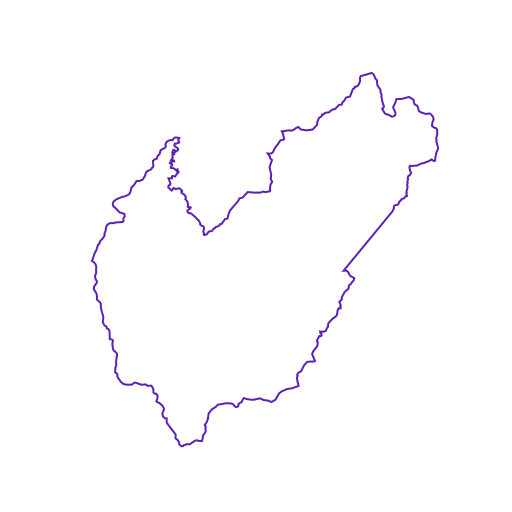 the district of Utcubamba, Amazonas, Peru, rotated 10°
{"feature_id": "86281439B73315101481334", "entity_name": "Utcubamba", "entity_type": "district", "adm_level": 2, "iso_a3": "PER", "parent_name": "Peru", "parent_adm1": "Amazonas", "projection": "robinson", "projection_center": [-78.316, -5.759], "detail": "fine", "context": "isolated", "style": "outline", "palette": "violet", "viewbox_px": 512, "rotation_deg": 10, "n_neighbors": 0, "source": "geoboundaries", "source_scale": "gbopen_adm2", "svg_char_len": 6097}
<svg xmlns="http://www.w3.org/2000/svg" viewBox="0 0 512 512"><g transform="rotate(10 256 256)"><path d="M159.9,153.1L156.1,153.2L154.9,154.0L153.7,156.5L151.9,156.6L149.9,157.6L148.3,159.0L147.3,161.8L148.1,163.3L147.8,165.0L143.7,168.3L143.3,172.5L141.7,174.8L141.3,177.5L139.5,178.4L138.0,180.2L139.3,185.4L139.1,186.5L138.2,187.4L137.5,189.0L133.8,191.7L133.3,192.6L132.5,197.1L131.1,200.4L128.9,202.0L125.3,203.0L123.7,207.0L121.5,210.1L121.1,215.2L120.3,217.3L116.7,219.9L114.0,221.0L108.8,224.3L106.3,227.1L105.8,229.3L106.9,231.9L109.9,233.6L114.0,236.7L119.1,237.4L119.8,239.7L118.9,242.2L119.4,244.9L118.7,245.7L111.4,247.5L110.5,248.3L106.6,249.0L104.9,250.3L103.8,251.8L103.3,254.7L103.6,256.8L102.9,260.0L103.3,262.1L102.4,264.6L99.8,268.7L99.5,271.4L98.4,272.7L97.7,278.6L96.8,280.5L95.3,289.5L97.4,290.2L99.3,291.8L100.6,294.3L101.0,298.3L101.6,299.9L100.9,303.7L101.9,306.4L103.8,308.8L103.9,309.9L101.9,314.1L101.9,316.6L105.3,320.5L106.4,323.2L106.8,326.5L110.0,328.4L111.3,329.6L112.5,334.7L116.3,342.7L116.6,347.8L118.7,350.6L120.8,351.3L121.8,353.3L123.1,353.5L124.3,354.5L125.1,356.6L126.4,363.1L129.1,363.4L129.8,364.2L129.8,367.4L131.1,372.0L132.2,373.7L135.3,375.5L136.3,377.0L136.6,385.1L137.4,387.9L136.9,390.3L137.5,394.9L139.8,396.2L140.6,399.1L144.8,403.5L147.8,405.1L150.9,405.2L156.0,404.3L157.6,402.5L159.1,401.6L165.8,402.7L169.5,401.6L171.9,402.7L174.7,401.9L175.7,402.1L177.9,404.6L178.7,408.3L180.4,409.2L181.7,409.0L183.1,410.3L183.7,413.2L183.1,416.3L184.0,417.1L186.5,417.5L188.3,418.9L189.6,419.4L191.8,422.1L192.0,423.4L191.1,427.4L192.4,430.4L194.7,431.6L196.2,431.4L197.0,435.7L207.9,445.8L208.4,449.5L210.6,450.7L212.6,452.8L213.2,454.8L215.5,456.4L217.2,455.8L217.9,454.6L219.2,454.3L220.3,453.4L223.5,452.9L227.9,448.5L230.1,447.7L231.4,448.1L234.9,447.5L235.2,445.0L235.0,441.8L236.3,439.6L236.9,437.0L236.1,434.8L236.0,432.4L234.9,431.4L236.5,427.7L236.9,424.6L236.7,419.2L239.3,414.6L242.6,411.5L244.2,409.1L252.4,406.1L257.4,405.6L258.8,405.8L261.7,407.9L263.1,408.2L264.6,407.1L264.6,404.5L267.2,402.3L268.2,398.9L268.9,398.0L271.5,398.5L276.9,398.3L278.9,397.9L284.6,395.5L288.6,396.5L293.0,396.3L296.6,397.1L300.0,394.3L302.6,387.3L304.7,385.0L309.7,381.6L314.3,380.1L320.5,376.6L318.3,371.4L317.4,368.5L317.9,366.8L317.1,365.8L318.1,363.5L320.4,361.8L322.3,355.5L324.5,351.7L325.5,351.1L331.2,349.9L332.3,349.1L328.4,343.2L328.4,342.0L329.0,339.7L332.0,334.2L331.9,330.2L330.8,329.2L330.8,327.8L332.3,324.0L332.6,323.6L333.5,323.8L334.3,323.1L334.0,321.4L332.7,320.5L332.4,319.2L333.9,319.6L334.5,318.9L336.4,318.5L337.7,317.7L338.4,314.6L339.2,313.4L338.9,310.6L339.2,309.0L342.5,304.3L345.4,301.3L345.9,299.6L345.9,294.6L346.5,293.2L347.7,293.2L348.4,292.8L347.8,291.4L348.2,290.7L347.7,290.1L347.7,289.2L346.0,286.7L348.1,283.7L347.6,281.9L349.5,276.2L352.8,272.1L352.7,268.6L354.2,267.2L354.9,265.4L356.4,263.2L356.6,260.8L351.9,259.0L349.4,255.7L347.4,254.7L344.8,255.3L382.7,188.2L383.5,185.0L383.2,183.5L383.5,182.5L385.0,181.3L386.4,181.2L387.2,180.1L387.7,177.5L388.7,176.6L389.7,174.5L391.6,173.6L392.5,172.4L392.7,171.4L394.3,170.7L393.3,168.7L393.5,167.6L393.0,166.9L393.3,161.8L392.5,159.9L392.7,157.9L392.1,156.5L392.5,154.3L391.8,152.7L392.2,150.6L393.3,149.9L394.3,147.5L394.0,146.5L392.6,145.0L392.5,143.8L391.7,142.2L391.8,140.7L392.2,140.2L393.5,140.5L396.8,139.4L398.5,139.2L402.3,136.5L406.4,134.7L406.9,134.0L409.6,132.7L412.2,130.4L413.8,131.3L415.4,131.5L415.8,130.4L415.5,127.6L415.7,122.7L416.7,118.7L416.3,117.1L413.6,111.6L413.7,110.7L413.0,108.9L413.4,104.5L412.5,100.5L411.4,99.0L408.9,98.5L406.7,97.3L406.5,94.4L407.2,90.5L406.4,88.6L404.7,86.8L402.3,85.5L398.4,86.6L393.5,85.9L391.2,84.9L388.9,80.2L385.6,78.9L383.9,74.7L379.1,72.8L371.9,76.1L367.1,77.1L366.9,77.6L366.5,81.2L365.4,84.6L365.3,85.9L368.5,90.9L368.7,92.8L368.2,93.6L366.9,94.8L365.6,95.2L362.0,93.9L359.0,93.6L358.0,93.0L354.7,89.2L355.7,87.9L356.0,86.4L353.7,82.3L352.1,78.0L351.6,75.2L350.0,72.8L349.9,71.0L345.9,66.8L344.4,61.7L343.2,61.0L340.1,56.6L338.2,55.6L327.9,60.7L327.4,62.7L328.1,64.9L328.1,66.7L327.6,67.3L327.3,69.7L325.6,71.7L323.9,72.3L323.8,73.6L322.4,74.8L320.9,82.6L317.1,84.4L316.1,87.4L314.4,89.8L314.2,91.9L311.4,92.9L308.5,97.4L306.5,98.1L304.0,100.3L303.4,101.5L299.0,103.2L297.8,105.0L296.5,105.2L296.4,107.0L294.1,109.0L293.0,114.1L293.4,115.0L293.3,116.4L289.8,121.6L283.8,123.5L278.2,123.6L275.3,121.6L273.2,123.0L271.9,124.5L269.6,126.3L266.0,126.7L259.8,128.8L260.9,130.0L263.4,135.8L263.1,136.5L260.2,137.8L259.3,138.9L259.1,140.0L255.9,146.4L254.6,150.8L253.5,152.1L251.9,152.8L249.7,153.0L252.5,155.8L252.7,156.9L253.3,157.6L255.1,158.7L253.9,166.2L256.9,173.3L257.1,177.5L259.1,180.2L257.9,182.9L258.1,187.4L258.6,189.4L257.9,190.2L256.2,190.6L254.8,191.4L251.9,191.3L249.4,192.8L242.9,193.9L236.7,194.5L232.7,200.8L229.7,202.2L228.8,205.0L222.6,215.6L221.9,218.3L221.3,224.1L219.0,225.2L217.0,229.6L215.8,230.9L215.2,230.8L214.2,232.8L211.2,234.6L210.8,235.6L210.0,235.9L208.2,239.0L205.1,240.3L203.7,243.3L201.6,244.3L200.8,244.0L201.1,243.1L199.8,241.3L200.1,238.4L199.8,236.8L199.1,236.0L197.2,235.7L195.6,234.7L195.4,233.6L193.8,231.3L187.6,227.0L183.8,225.1L182.6,225.5L181.1,224.7L180.5,223.1L183.2,220.3L183.3,219.6L182.3,219.2L180.9,219.7L180.2,219.3L180.2,217.5L179.1,214.4L176.5,212.2L176.8,210.6L176.3,209.5L173.9,207.5L171.8,206.9L171.3,205.7L172.0,204.9L171.7,204.3L168.8,202.6L165.0,204.1L163.4,203.3L162.4,204.2L162.1,205.8L161.6,206.2L157.7,203.7L157.7,201.7L158.8,201.0L159.3,199.7L156.3,194.7L159.7,194.1L159.4,192.4L159.7,191.7L162.6,191.7L163.5,189.4L165.2,187.0L164.8,186.0L163.4,186.4L163.5,184.4L162.1,185.2L159.9,183.9L157.0,184.1L156.6,183.0L157.7,181.3L157.6,180.6L155.0,179.4L155.1,178.9L156.4,178.8L157.3,177.4L159.0,177.0L158.7,176.3L157.5,176.1L156.3,176.9L155.6,176.5L156.9,174.0L156.2,171.5L157.8,169.8L157.3,168.8L155.9,169.4L155.5,168.5L156.2,165.9L157.0,165.7L157.9,166.2L158.2,167.8L160.7,165.4L160.8,164.4L160.5,163.7L157.2,162.1L156.3,161.1L156.6,159.3L157.9,159.2L160.5,157.6L160.3,156.8L159.3,155.6L159.9,153.1Z" fill="none" stroke="#5b21b6" stroke-width="2"/></g></svg>